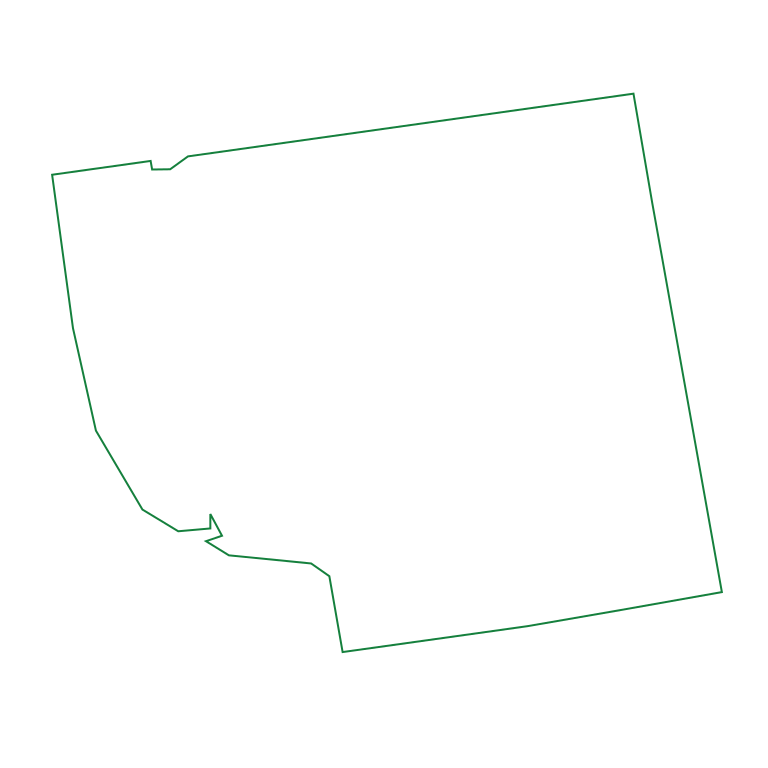 the district of McNairy, Tennessee, United States of America, rotated 260°
{"feature_id": "52423323B32095866653049", "entity_name": "McNairy", "entity_type": "district", "adm_level": 2, "iso_a3": "USA", "parent_name": "United States of America", "parent_adm1": "Tennessee", "projection": "orthographic", "projection_center": [-88.59, 35.19], "detail": "fine", "context": "isolated", "style": "outline", "palette": "green", "viewbox_px": 768, "rotation_deg": 260, "n_neighbors": 0, "source": "geoboundaries", "source_scale": "gbopen_adm2", "svg_char_len": 463}
<svg xmlns="http://www.w3.org/2000/svg" viewBox="0 0 768 768"><g transform="rotate(260 384 384)"><path d="M127.2,296.7L120.6,483.1L120.3,578.3L120.4,680.6L460.0,679.8L515.2,679.6L515.3,679.6L626.6,680.1L642.2,230.5L632.6,210.7L635.5,192.9L644.2,192.9L647.7,93.5L493.0,87.4L388.1,92.2L302.3,124.3L274.7,155.8L271.9,187.9L286.1,190.4L262.7,198.1L260.1,181.4L242.2,201.5L219.9,281.1L204.2,296.8L127.2,296.7Z" fill="none" stroke="#15803d" stroke-width="2"/></g></svg>